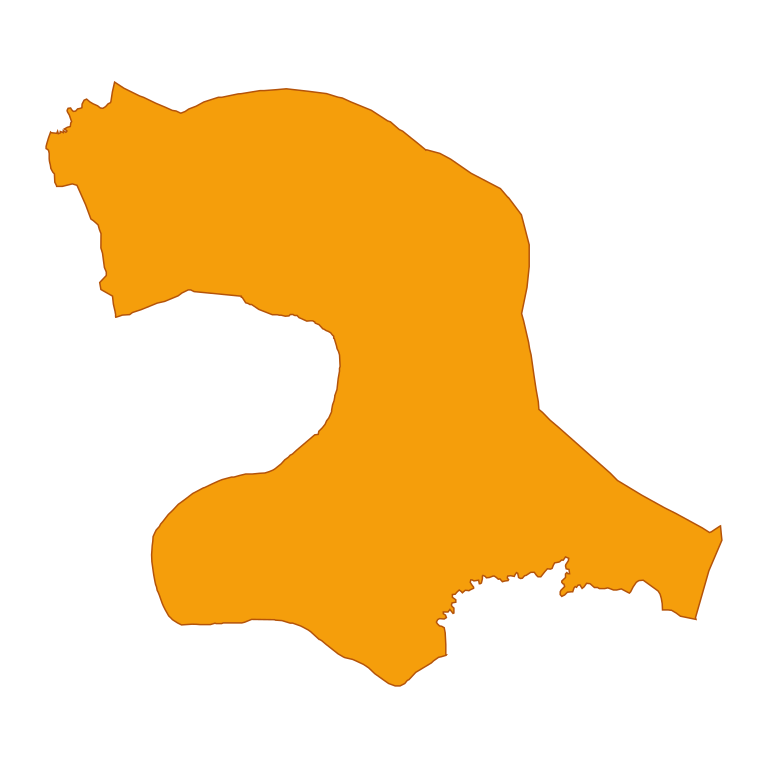 Niani, Central River, Gambia
{"feature_id": "56634734B41420439456091", "entity_name": "Niani", "entity_type": "district", "adm_level": 2, "iso_a3": "GMB", "parent_name": "Gambia", "parent_adm1": "Central River", "projection": "robinson", "projection_center": [-14.889, 13.677], "detail": "fine", "context": "isolated", "style": "filled", "palette": "amber", "viewbox_px": 768, "rotation_deg": 0, "n_neighbors": 0, "source": "geoboundaries", "source_scale": "gbopen_adm2", "svg_char_len": 6045}
<svg xmlns="http://www.w3.org/2000/svg" viewBox="0 0 768 768"><path d="M720.5,525.9L719.8,526.2L714.5,529.7L711.4,531.8L709.5,532.5L702.3,527.9L679.2,515.3L676.7,513.9L664.2,507.6L641.8,495.2L617.5,480.5L610.3,473.2L559.4,428.1L550.0,420.1L542.5,412.4L538.9,409.4L538.3,401.7L536.1,389.5L533.9,374.9L531.1,355.0L529.6,348.7L528.6,342.4L523.6,320.8L521.6,313.6L527.0,287.4L529.2,266.5L529.2,244.8L521.4,214.8L508.4,197.5L508.0,197.5L500.4,188.6L471.1,173.3L450.7,159.2L439.9,153.4L426.6,149.8L425.9,150.2L425.0,149.3L416.5,142.3L411.2,138.1L402.7,131.2L399.2,129.5L390.5,121.9L387.5,120.8L371.3,110.3L350.8,101.9L342.3,98.0L338.1,97.2L326.5,93.6L308.5,91.3L286.3,88.8L274.9,89.8L264.1,90.6L260.1,90.6L241.1,93.7L238.1,93.9L221.8,97.3L218.3,97.3L203.8,102.0L196.1,106.2L188.8,109.0L185.1,111.5L180.8,113.2L176.1,111.0L172.3,110.4L165.2,107.2L155.9,103.3L143.7,97.4L139.7,96.0L123.9,88.2L114.6,82.1L112.4,91.8L110.9,101.6L110.4,102.7L108.1,103.8L105.6,106.6L102.9,108.3L100.4,108.0L97.6,105.8L93.1,103.8L89.9,101.9L86.6,99.1L84.1,100.2L82.1,104.1L81.9,107.7L80.4,108.3L77.6,108.9L75.6,111.1L73.3,111.4L71.6,109.7L70.6,108.0L68.1,108.3L67.1,110.3L67.3,111.5L67.8,112.5L69.3,115.0L71.6,121.7L70.8,122.8L70.3,126.5L67.3,127.3L64.3,129.0L66.8,130.6L66.8,131.5L65.8,132.3L63.3,130.6L63.3,132.6L60.3,131.5L60.3,132.9L58.3,133.7L57.6,131.2L56.7,133.3L51.2,132.7L50.6,132.1L48.5,137.9L46.8,143.6L46.1,146.4L46.1,148.6L47.9,149.6L48.7,151.0L48.9,152.0L49.2,153.4L49.2,155.2L49.2,156.6L49.2,158.8L49.4,160.9L49.8,162.9L50.2,164.3L50.5,166.0L50.7,167.4L50.8,168.3L51.8,170.3L52.9,172.2L53.0,172.4L54.4,173.8L54.8,182.2L56.2,185.0L56.7,186.2L56.7,186.4L62.3,186.4L72.3,183.9L77.0,185.3L85.6,204.7L90.9,219.0L93.4,220.7L98.1,224.9L99.4,229.5L101.0,233.6L100.9,248.0L102.5,253.2L104.4,267.5L106.3,272.0L106.3,275.5L99.7,282.5L100.9,289.5L112.5,296.1L113.4,304.2L115.2,312.0L115.2,312.3L115.4,313.4L115.6,314.2L115.6,316.5L115.7,317.2L116.0,317.2L119.5,316.1L122.3,315.1L129.7,314.6L132.5,312.5L141.0,309.7L149.4,306.3L157.2,303.1L164.7,301.4L178.2,295.8L181.9,293.0L188.2,289.9L190.7,289.9L194.1,291.6L241.3,296.2L241.3,297.2L242.3,297.5L245.7,302.8L248.2,303.5L249.8,304.5L251.6,304.5L258.8,309.4L272.3,314.7L277.3,314.7L279.3,315.2L281.2,315.2L285.3,316.2L289.0,315.9L290.3,314.5L293.1,314.5L294.0,315.2L294.9,315.5L297.1,315.5L299.0,317.6L299.9,318.0L306.8,321.1L310.0,320.8L312.8,320.8L313.7,321.5L314.6,321.8L315.3,323.2L316.5,323.6L318.1,324.3L319.0,324.6L322.8,328.8L324.0,329.2L326.2,330.6L328.1,331.3L330.6,332.7L332.5,335.1L333.7,336.2L333.7,338.2L334.3,338.6L336.5,345.9L337.1,348.7L338.4,351.2L339.5,354.8L339.6,356.2L340.1,366.4L339.5,368.4L339.5,371.2L338.2,378.6L337.0,389.4L335.7,393.2L334.8,395.7L334.8,396.7L334.1,400.6L332.6,404.7L331.6,410.3L331.6,411.7L328.8,418.0L326.6,420.8L325.1,424.3L322.3,427.8L318.8,431.3L318.2,434.4L314.8,434.8L313.2,436.1L296.5,450.3L292.4,454.1L290.2,455.2L288.3,457.3L284.9,459.7L281.1,463.9L274.6,469.1L272.7,470.2L269.3,471.6L264.9,473.0L259.6,473.3L252.4,474.0L245.8,474.0L239.9,475.4L233.9,477.1L231.4,477.1L222.1,479.6L218.6,481.0L212.4,483.8L204.5,487.6L203.3,487.9L192.7,493.5L184.9,499.5L178.3,504.3L172.7,510.3L168.3,514.5L162.8,521.6L160.6,524.1L159.4,526.5L156.2,530.0L155.0,532.4L153.1,536.6L152.8,541.2L152.2,545.7L151.9,550.6L151.6,554.8L151.9,561.8L153.1,570.5L153.7,574.7L155.0,581.7L155.6,584.5L156.5,586.9L157.2,590.4L158.1,592.1L159.4,595.3L160.6,598.8L162.2,603.3L163.4,606.1L165.3,609.9L166.9,612.7L168.7,615.9L170.9,618.0L172.5,619.7L175.3,621.5L177.5,622.9L181.5,624.9L191.9,624.2L196.5,624.3L200.0,624.6L210.3,624.6L215.0,623.2L216.2,623.6L221.5,623.6L223.4,622.9L241.9,622.9L244.7,622.2L251.6,619.4L274.7,619.7L275.3,620.1L282.0,620.6L290.1,623.1L292.6,623.1L300.5,625.9L303.3,627.3L308.3,630.0L310.8,631.8L312.3,633.2L319.2,639.5L319.8,639.5L322.0,640.9L326.1,644.4L338.0,653.8L343.3,656.9L344.8,657.6L352.6,659.4L355.8,660.8L363.3,664.3L368.6,667.8L374.8,673.7L383.6,680.0L388.6,683.5L395.1,685.9L400.1,685.9L404.8,683.5L407.3,680.4L408.9,679.7L415.8,672.3L431.4,662.9L433.6,660.8L438.6,657.3L441.4,656.7L446.1,655.3L446.4,654.9L445.8,654.9L445.8,644.8L445.2,632.9L444.2,627.7L441.7,626.3L439.5,625.9L437.4,623.8L436.4,622.1L437.7,619.6L439.5,618.6L444.2,619.0L446.4,617.6L445.5,615.1L443.3,613.7L443.3,612.0L448.0,612.0L449.9,609.5L453.0,613.4L453.9,613.0L453.9,608.1L452.0,606.4L451.4,605.0L452.1,602.9L455.8,602.2L455.8,599.8L452.4,597.3L452.4,594.5L455.2,594.2L456.7,592.4L459.2,590.0L461.1,591.4L462.4,592.8L465.2,590.3L467.1,590.4L468.9,590.7L470.5,589.7L473.6,588.3L473.6,587.2L471.8,584.8L470.2,582.3L470.8,579.9L472.1,579.9L473.9,580.9L478.6,580.2L479.3,583.7L480.2,583.7L481.4,583.0L482.4,578.8L482.4,576.1L483.0,575.4L485.2,576.4L486.4,577.8L489.3,577.5L493.0,576.1L494.3,576.1L496.4,577.5L498.3,579.2L499.9,578.9L502.4,581.7L504.9,581.0L508.0,580.6L508.6,579.6L507.4,578.2L507.4,577.1L507.7,576.1L510.5,575.7L514.3,576.4L514.9,575.0L516.5,572.6L517.7,573.3L518.6,577.5L520.5,578.5L522.4,578.2L524.6,575.7L526.1,575.4L530.8,572.3L534.3,572.3L536.5,575.4L538.0,576.8L540.8,576.8L544.9,571.6L547.4,568.8L550.5,569.1L552.1,568.4L553.3,565.3L554.6,562.9L558.3,562.2L559.6,561.8L561.5,560.1L563.3,560.1L565.5,556.9L568.7,558.3L568.3,560.8L565.8,564.6L565.5,566.0L566.2,568.8L569.0,569.5L569.6,573.7L568.0,573.7L566.8,572.6L565.5,574.0L565.5,577.5L561.8,581.0L561.8,582.4L563.0,583.8L564.0,584.2L564.6,586.6L561.1,590.1L560.2,591.8L560.2,594.6L561.8,596.4L563.9,595.3L564.6,595.0L567.4,592.2L571.1,591.8L572.7,591.8L574.0,588.0L575.2,586.6L576.5,587.3L578.0,585.2L579.9,584.9L582.1,588.4L584.1,586.8L586.6,583.3L590.1,583.7L594.4,587.5L597.6,587.5L599.4,588.6L604.7,588.6L607.6,587.9L608.8,588.2L613.5,590.0L616.6,590.0L621.3,588.9L624.7,590.7L627.9,592.4L629.4,593.1L630.7,591.7L633.2,586.8L636.3,582.3L638.8,580.6L643.2,580.2L655.4,589.0L658.2,591.1L660.1,594.2L661.3,598.4L662.2,603.6L662.5,609.9L667.9,609.9L671.6,610.3L676.3,613.1L680.4,616.2L696.0,619.4L695.5,617.6L708.9,570.7L721.9,540.2L721.2,533.4L720.5,525.9Z" fill="#f59e0b" stroke="#b45309" stroke-width="1.5"/></svg>